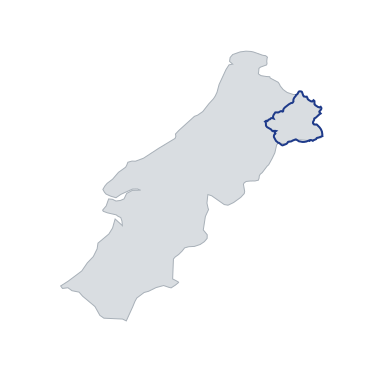 Portugal, with Bragança highlighted, rotated 35°
{"feature_id": "PRT-750", "entity_name": "Bragança", "entity_type": "District", "adm_level": 1, "iso_a3": "PRT", "parent_name": "Portugal", "parent_adm1": "", "projection": "equal_earth", "projection_center": [-6.92, 41.518], "detail": "fine", "context": "in_parent", "style": "outline", "palette": "blue", "viewbox_px": 384, "rotation_deg": 35, "n_neighbors": 0, "source": "natural_earth", "source_scale": "10m", "svg_char_len": 4395}
<svg xmlns="http://www.w3.org/2000/svg" viewBox="0 0 384 384"><g transform="rotate(35 192 192)"><path d="M151.1,49.6L155.4,45.7L159.6,43.1L161.9,42.1L171.6,39.4L174.2,38.1L176.5,38.3L176.9,39.6L178.3,42.1L179.8,43.8L180.2,45.1L176.5,50.4L175.9,52.3L177.9,55.7L178.2,56.7L179.2,57.2L181.8,57.1L186.4,54.9L189.6,53.0L190.7,53.8L199.8,52.7L202.0,53.6L203.4,54.5L207.9,55.8L212.8,55.9L218.9,54.1L221.6,52.3L222.1,50.3L222.2,48.8L223.0,47.8L224.4,47.3L226.5,48.3L229.6,49.1L237.0,49.4L238.5,48.3L241.0,48.6L244.3,50.0L248.2,49.5L250.1,51.3L250.9,53.6L251.1,58.5L250.8,63.6L251.6,65.4L254.2,65.9L258.4,65.8L262.1,67.2L265.1,69.6L266.1,72.0L266.5,73.7L265.0,74.7L263.0,78.2L257.9,83.0L250.6,87.2L245.0,92.5L241.1,98.8L236.3,101.5L234.8,102.9L234.2,104.6L237.4,112.4L238.4,118.4L239.2,125.7L238.7,127.8L238.4,135.9L237.7,138.2L237.9,140.2L239.0,142.2L239.6,144.2L237.4,146.7L233.3,149.7L230.3,152.3L229.5,154.7L229.7,156.2L234.8,161.3L235.7,163.4L235.0,168.5L232.1,176.8L229.3,181.8L228.8,182.3L225.6,183.8L210.2,183.8L206.5,185.0L207.0,186.0L210.6,192.5L214.4,196.0L215.6,196.8L217.0,204.4L223.0,216.6L229.0,218.3L231.0,221.3L230.6,225.6L228.8,230.3L225.2,235.2L220.8,238.6L218.0,242.0L217.8,245.9L216.9,250.9L215.5,254.8L215.2,257.5L226.0,274.3L232.1,273.5L232.9,273.8L231.8,277.8L229.9,282.5L227.6,283.4L222.4,284.9L217.4,290.9L213.4,298.2L210.4,301.8L207.6,310.5L208.0,314.3L209.3,320.1L212.1,335.3L208.0,335.9L192.2,345.9L187.3,345.9L178.2,341.5L162.2,340.1L156.9,338.8L150.3,341.7L145.3,341.6L141.2,345.3L138.3,344.3L141.7,336.1L147.0,319.9L146.9,310.1L148.2,301.5L146.9,293.0L144.3,287.8L148.0,274.1L147.6,267.1L144.5,258.2L154.3,259.5L151.3,256.0L148.3,253.8L145.4,254.3L143.0,254.2L134.6,257.6L130.4,258.7L129.2,258.1L129.7,252.6L127.7,245.5L131.0,243.6L134.9,243.0L138.2,240.0L140.3,236.6L139.3,230.6L142.2,224.9L148.9,220.0L145.5,220.8L141.5,223.8L135.1,234.7L133.0,240.3L127.6,242.1L122.8,243.0L120.4,242.4L117.5,241.0L117.2,236.9L117.5,233.6L119.6,227.1L120.5,218.0L123.4,209.8L123.2,207.6L122.4,204.4L125.0,201.2L128.1,199.1L132.9,192.1L139.6,175.4L147.4,157.8L146.8,155.6L145.2,154.0L145.9,149.2L150.6,128.6L152.5,125.9L154.7,119.9L155.2,110.1L156.1,103.4L156.0,100.1L155.3,96.0L152.5,88.3L149.6,72.1L149.4,66.6L152.0,63.9L147.9,63.5L146.1,60.0L146.5,56.0L151.1,49.6Z" fill="#d9dde1" stroke="#a8b0b8" stroke-width="1"/><path d="M254.4,87.2L253.7,87.7L251.1,88.8L250.7,89.1L247.7,89.2L246.9,89.3L246.4,89.9L244.8,92.3L244.5,93.2L244.2,93.7L242.6,95.0L242.0,95.8L241.9,96.2L242.0,97.6L241.6,98.7L239.8,101.4L239.2,102.0L238.0,102.1L235.2,101.8L234.3,102.3L234.2,102.3L233.5,102.1L231.6,102.0L227.6,100.0L227.1,99.4L226.7,98.6L226.5,97.8L226.6,97.3L226.8,96.8L226.8,96.3L226.4,96.2L226.0,96.1L225.7,95.9L225.5,95.7L225.3,95.4L225.5,95.0L225.9,93.8L225.4,94.0L223.7,95.2L223.3,95.8L222.4,95.9L220.9,95.4L217.4,95.7L216.2,95.8L214.7,95.3L214.2,94.8L212.8,92.9L212.1,92.4L211.5,92.4L211.7,91.6L211.8,91.3L212.0,91.0L212.4,90.8L213.1,90.7L213.2,90.3L213.1,89.9L213.2,89.4L213.4,88.6L213.8,88.1L214.2,87.6L214.3,87.3L214.2,87.0L214.3,86.4L215.1,85.5L216.7,85.0L215.6,84.4L215.2,83.9L214.9,83.1L214.6,81.9L214.6,79.0L216.1,77.9L216.5,77.8L216.9,77.5L217.3,77.0L217.7,76.1L218.2,75.1L218.6,74.6L219.0,74.4L219.5,74.4L219.9,74.3L220.2,74.1L220.3,73.8L220.3,73.4L220.1,73.0L219.8,72.7L219.6,72.3L219.5,71.8L219.4,71.0L219.6,69.4L221.1,64.5L222.2,62.2L222.6,61.8L222.9,61.7L223.1,61.3L223.2,61.0L223.2,60.2L223.2,59.7L222.3,58.6L221.9,57.5L221.8,57.0L221.7,55.9L221.8,54.7L221.9,54.1L221.7,53.0L221.6,52.7L222.1,51.9L222.2,51.0L221.9,49.1L222.0,48.3L222.3,47.9L223.0,47.4L223.8,47.0L224.5,46.9L225.9,47.8L227.3,48.9L228.7,49.6L230.3,48.9L231.3,48.1L231.7,48.3L232.4,48.6L233.5,49.5L234.7,49.7L237.5,49.5L238.6,48.9L238.9,47.1L240.2,47.3L241.9,49.8L243.2,50.2L246.4,50.1L247.9,49.6L248.5,48.4L249.6,48.8L250.2,49.5L250.4,50.5L250.1,53.0L250.4,53.4L251.2,53.6L252.4,53.9L251.9,55.1L250.8,59.9L250.6,60.4L250.3,60.9L250.0,61.5L250.1,62.0L250.4,62.5L250.7,63.0L250.8,64.1L251.0,65.3L251.6,66.2L252.9,66.7L253.4,66.6L254.0,66.2L254.7,65.8L255.0,65.4L255.3,65.2L255.9,65.2L259.5,65.9L261.7,66.7L263.8,68.0L265.7,70.0L266.3,70.9L266.8,71.4L264.6,74.6L263.5,75.8L263.2,76.4L263.2,76.8L263.3,77.2L263.3,77.6L261.6,80.3L261.6,80.8L260.2,81.0L259.6,81.2L259.0,81.7L259.1,82.0L259.1,82.5L259.0,82.8L258.8,82.9L258.2,82.8L256.7,85.1L255.2,86.6L254.4,87.2Z" fill="none" stroke="#1e3a8a" stroke-width="2"/></g></svg>